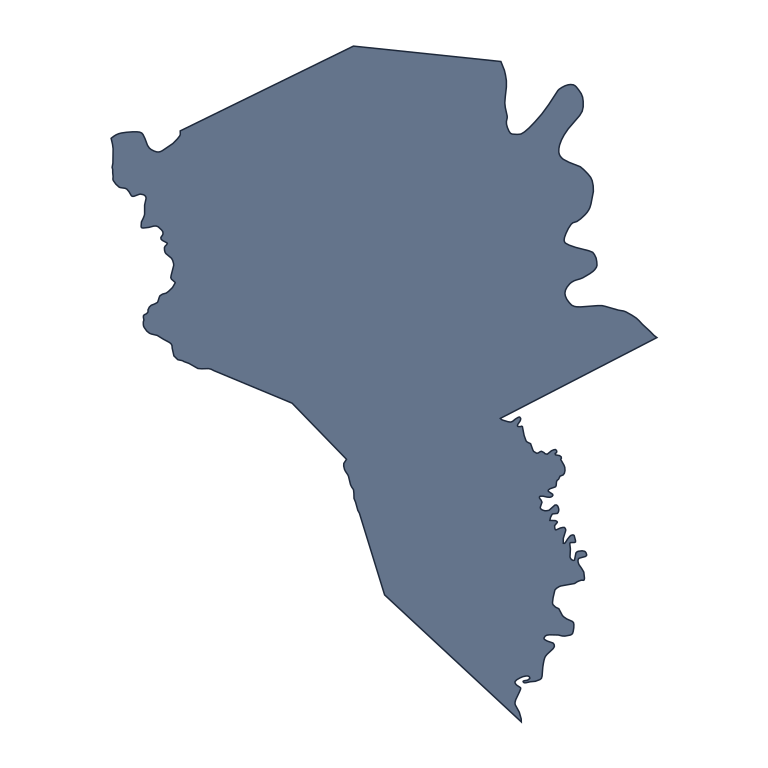 Potrerillos, Cortés, Honduras (Mercator projection)
{"feature_id": "27666195B96940721664513", "entity_name": "Potrerillos", "entity_type": "district", "adm_level": 2, "iso_a3": "HND", "parent_name": "Honduras", "parent_adm1": "Cortés", "projection": "mercator", "projection_center": [-87.952, 15.183], "detail": "fine", "context": "isolated", "style": "filled", "palette": "slate", "viewbox_px": 768, "rotation_deg": 0, "n_neighbors": 0, "source": "geoboundaries", "source_scale": "gbopen_adm2", "svg_char_len": 6113}
<svg xmlns="http://www.w3.org/2000/svg" viewBox="0 0 768 768"><path d="M180.2,130.9L180.3,134.4L179.8,135.8L177.4,138.9L172.9,143.5L162.3,150.7L160.4,151.6L158.6,152.0L156.7,151.9L154.0,151.0L151.1,149.5L149.3,148.0L147.5,145.3L145.0,138.6L143.0,134.5L141.7,133.0L139.6,132.1L136.8,131.8L132.7,131.8L126.2,132.3L121.4,133.0L118.7,133.7L116.1,134.8L113.7,136.3L111.1,138.3L112.5,144.2L113.1,148.8L112.9,163.1L112.1,167.3L112.7,169.6L112.7,172.8L113.1,176.4L112.9,179.2L113.3,180.6L115.9,184.2L119.2,187.2L120.4,187.6L125.2,188.3L126.9,189.2L129.0,191.7L131.2,195.5L132.0,196.2L132.9,196.4L134.2,196.2L139.0,194.4L140.3,194.1L143.4,194.7L144.6,195.4L145.5,196.3L145.9,197.2L146.1,198.3L144.6,205.1L144.6,214.2L144.2,215.8L143.2,218.3L141.4,222.0L141.1,226.2L141.2,227.1L142.0,227.9L143.4,228.0L148.9,227.4L153.7,226.1L156.2,226.0L158.2,226.8L161.6,230.0L162.8,231.7L163.0,233.4L162.8,234.6L160.9,237.4L161.0,239.0L162.3,240.4L166.8,242.8L167.3,243.3L166.7,244.6L165.1,246.2L164.4,247.7L164.5,250.2L165.1,252.4L165.9,253.6L171.5,258.3L172.7,260.5L173.6,263.7L173.7,265.4L171.1,275.5L170.8,277.7L171.5,279.2L174.8,282.1L175.2,282.6L175.1,283.0L172.5,287.5L168.5,291.4L166.2,293.1L162.5,294.1L160.0,295.7L159.3,297.1L157.8,301.8L157.3,302.5L154.5,304.0L151.3,305.2L149.3,307.1L148.0,309.8L148.0,311.7L147.7,312.5L146.3,313.8L144.2,314.8L143.4,315.9L143.4,317.5L143.9,320.0L143.3,321.9L143.3,324.2L143.5,325.9L144.2,327.5L146.8,331.1L149.4,333.2L151.3,334.0L157.2,335.4L163.5,339.3L169.3,342.4L170.9,343.6L172.0,345.5L172.2,348.3L173.9,355.9L177.8,359.7L182.5,360.7L184.0,361.6L188.7,363.3L197.9,368.5L201.6,368.8L208.5,368.6L211.1,369.2L214.0,370.7L292.1,403.2L346.5,459.3L343.8,463.4L343.7,466.0L344.5,469.4L345.5,471.4L347.8,474.8L348.5,476.4L350.5,484.6L351.6,486.9L353.5,489.7L353.9,493.5L354.0,498.4L355.6,502.3L357.8,510.3L359.4,513.2L384.6,594.9L521.3,721.9L521.2,718.9L519.3,712.2L515.3,704.9L515.0,703.5L515.1,702.1L515.7,699.8L519.5,691.8L520.6,689.1L520.7,688.1L520.4,687.6L516.8,685.2L515.9,684.3L515.0,682.8L515.1,681.5L516.7,679.8L520.0,677.9L522.8,676.7L526.0,676.0L527.8,676.0L529.0,676.5L529.7,677.4L529.8,678.5L527.5,680.2L524.3,680.7L523.3,681.1L523.1,681.4L523.2,681.9L524.2,682.8L525.8,682.8L530.1,681.8L535.4,681.3L539.9,679.6L541.4,678.4L542.1,676.1L542.8,667.2L543.3,663.9L544.0,660.3L544.8,657.6L545.7,656.0L547.1,654.3L553.0,648.8L554.0,647.3L554.4,646.2L554.1,644.4L553.0,643.0L547.4,641.1L545.5,640.1L544.3,639.2L544.0,638.6L544.2,637.6L545.3,636.0L546.8,635.2L549.5,634.8L558.3,635.0L562.3,636.0L564.9,636.1L570.2,635.1L571.5,634.5L572.5,633.6L573.2,631.5L573.8,627.8L573.9,624.6L573.5,622.6L572.3,621.4L566.7,618.9L563.8,616.9L562.4,615.5L558.8,608.7L555.6,607.2L553.1,604.8L552.7,604.0L552.5,602.5L553.1,597.7L554.9,590.0L556.5,588.3L559.0,586.7L560.7,586.0L574.6,583.5L577.2,581.8L578.7,581.1L581.3,580.2L583.6,580.3L584.2,579.8L584.5,578.2L583.8,572.1L581.7,568.5L578.9,564.5L578.1,562.1L578.0,560.3L578.4,559.0L579.2,558.2L585.4,556.5L586.5,555.6L586.7,554.9L586.1,552.9L585.3,551.8L584.6,551.3L582.1,550.8L578.1,551.3L576.8,552.0L575.9,553.0L574.5,560.1L573.9,560.4L573.0,560.4L571.4,559.5L570.4,558.1L570.0,556.9L570.4,549.0L569.8,543.8L570.1,542.9L570.6,542.6L574.3,542.5L575.0,542.3L575.5,541.9L575.5,540.5L574.2,535.6L573.7,535.1L572.8,534.9L571.1,535.3L569.8,536.3L567.5,539.2L565.3,542.7L564.3,543.4L563.3,543.3L563.3,538.4L565.7,530.6L565.7,529.5L565.2,528.3L564.3,527.4L563.0,527.4L560.3,528.0L556.4,529.8L555.5,529.8L554.8,528.4L554.6,525.7L557.3,522.4L557.3,521.9L556.6,521.2L555.4,520.6L549.8,520.4L550.6,517.2L552.1,514.3L552.8,513.9L557.4,513.4L558.1,512.5L558.7,511.0L558.8,509.3L558.4,507.7L557.8,506.2L556.6,505.0L555.0,505.0L549.0,510.3L546.7,510.7L545.0,510.8L542.6,510.1L541.1,509.2L540.3,508.0L540.3,507.2L542.0,502.2L541.0,500.0L539.6,498.3L539.4,497.4L539.6,496.6L540.3,496.2L543.1,496.2L547.1,497.1L549.7,497.3L551.0,497.0L552.3,496.2L552.9,495.2L552.6,494.2L548.4,491.4L548.2,490.8L548.3,490.1L549.9,488.8L555.1,487.0L555.7,486.6L556.2,485.4L556.5,481.8L557.1,480.4L558.6,479.2L560.0,476.2L563.2,474.9L564.4,473.2L565.0,470.5L564.8,467.4L564.0,465.2L560.7,459.4L561.4,458.2L561.2,456.9L559.6,455.6L555.7,454.9L555.4,454.7L555.2,453.4L556.5,452.7L556.8,451.4L556.4,450.3L555.3,449.5L553.7,449.8L551.4,450.8L547.2,454.2L545.0,453.7L544.0,452.6L541.5,451.3L540.3,451.6L538.3,452.9L536.8,453.3L533.6,451.4L532.9,450.1L530.6,443.7L527.3,442.1L526.5,441.4L526.0,440.7L524.1,435.4L522.4,426.6L521.7,426.2L520.3,426.6L518.6,426.6L517.8,426.4L517.5,426.0L517.5,425.2L517.8,424.4L520.1,421.0L520.6,419.7L520.7,418.4L519.8,417.2L519.2,417.0L517.9,417.5L515.3,419.1L512.5,421.4L510.6,422.1L507.9,421.7L502.4,420.0L501.3,419.4L500.3,418.4L656.9,337.6L653.9,335.3L650.2,331.5L642.4,324.3L639.0,320.6L636.3,318.1L631.9,315.2L625.8,311.8L623.6,311.0L618.3,310.1L605.1,306.3L602.0,305.6L597.9,305.6L580.6,306.9L576.7,306.8L574.4,306.4L571.7,305.2L569.3,302.7L566.8,299.3L565.4,296.1L564.9,293.2L565.5,290.1L567.1,287.0L569.8,283.7L571.5,282.3L574.1,280.8L576.3,280.0L580.1,278.9L582.8,277.8L589.8,273.7L593.1,271.3L594.8,269.6L596.4,267.3L597.0,265.3L596.8,261.8L596.1,258.0L594.4,254.5L592.7,252.3L589.0,250.8L575.7,247.4L569.1,245.1L565.4,243.1L564.5,241.8L564.1,240.2L564.5,237.5L565.9,233.6L568.4,228.4L571.1,224.3L572.8,222.8L576.9,221.5L580.7,218.8L585.1,214.7L587.1,212.4L588.7,210.0L589.9,207.6L591.0,203.9L593.4,191.4L593.2,185.8L592.2,180.7L590.7,177.4L587.9,173.9L584.0,169.9L580.4,166.8L568.8,162.2L563.3,159.3L561.5,157.7L560.0,155.8L559.3,154.2L558.8,152.1L558.9,148.6L559.6,145.0L561.5,139.9L564.2,134.8L568.2,128.9L579.7,115.5L582.2,111.3L583.2,106.8L583.2,101.4L582.6,97.1L581.2,93.6L578.6,89.8L576.3,86.9L575.0,85.7L573.3,84.8L570.6,84.5L568.1,84.8L565.0,85.8L561.9,87.4L559.2,89.2L557.9,90.5L548.7,104.6L541.8,114.0L534.9,121.9L529.0,128.0L524.5,131.9L521.2,133.9L519.7,134.2L517.1,134.4L512.3,134.1L510.5,133.3L509.0,131.2L507.4,127.5L506.5,124.2L506.4,121.5L507.2,117.9L507.2,116.1L505.3,107.5L504.8,102.9L505.3,96.6L506.4,87.0L506.4,80.7L505.5,75.0L504.4,70.3L500.9,61.5L353.4,46.1L180.2,130.9Z" fill="#64748b" stroke="#1e293b" stroke-width="1.5"/></svg>